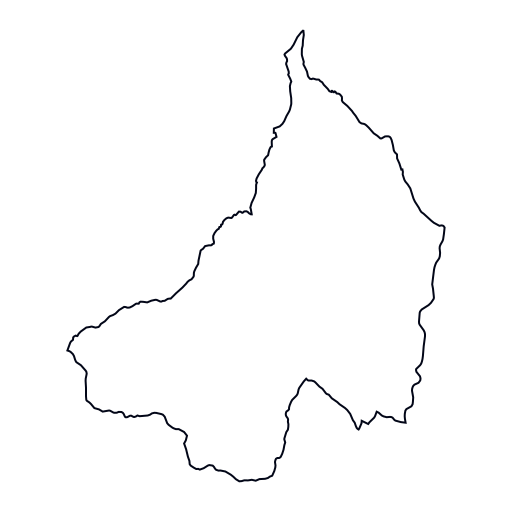 Tenza, Boyacá, Colombia (Equal Earth projection)
{"feature_id": "7082276B18084184900557", "entity_name": "Tenza", "entity_type": "district", "adm_level": 2, "iso_a3": "COL", "parent_name": "Colombia", "parent_adm1": "Boyacá", "projection": "equal_earth", "projection_center": [-73.43, 5.079], "detail": "fine", "context": "isolated", "style": "outline", "palette": "ink", "viewbox_px": 512, "rotation_deg": 0, "n_neighbors": 0, "source": "geoboundaries", "source_scale": "gbopen_adm2", "svg_char_len": 6024}
<svg xmlns="http://www.w3.org/2000/svg" viewBox="0 0 512 512"><path d="M444.6,227.5L443.5,226.0L442.7,225.6L441.4,225.4L439.4,225.8L433.9,222.8L431.4,220.8L423.6,213.7L421.4,212.1L420.2,210.4L418.9,207.8L414.9,201.6L413.5,198.6L410.3,188.4L407.7,184.4L405.3,181.5L404.3,179.6L402.7,174.5L402.9,171.9L402.4,169.4L401.3,169.6L399.4,163.5L397.1,158.4L397.0,154.4L395.1,152.6L394.4,151.6L393.8,150.3L392.9,145.1L391.6,140.0L390.7,138.0L390.0,137.1L389.2,136.6L388.1,136.3L385.1,136.4L381.8,138.3L381.1,138.5L380.3,138.4L377.4,135.8L373.7,133.3L368.7,127.6L366.3,125.3L365.1,124.4L364.0,123.9L361.4,123.4L359.5,122.1L355.7,115.9L353.2,112.8L352.0,111.0L347.3,105.9L342.8,102.1L341.9,100.5L342.0,98.2L341.8,96.7L340.4,94.9L339.5,94.1L338.6,93.7L336.6,93.5L335.5,91.9L334.7,91.4L334.4,91.5L334.0,92.2L333.4,92.2L332.2,90.9L331.9,90.9L331.9,91.7L331.5,92.0L329.4,91.2L327.7,88.8L323.8,84.8L322.2,82.3L320.1,81.0L319.0,79.7L317.9,79.5L316.2,79.5L313.6,78.7L312.8,78.6L311.7,79.1L310.0,78.8L308.6,77.2L307.9,75.9L307.0,71.6L305.1,67.6L303.7,65.0L303.4,64.0L303.8,61.9L302.0,55.7L301.8,54.2L301.9,48.8L302.7,45.7L303.0,40.2L303.8,35.0L303.4,30.8L302.9,30.7L301.2,32.3L297.3,37.2L293.6,44.7L290.9,48.7L285.1,53.5L284.5,54.5L284.9,55.7L286.6,58.1L287.0,59.2L287.1,61.1L286.4,62.5L286.1,64.0L288.7,71.6L288.8,73.4L288.2,74.4L288.2,74.8L290.2,78.7L291.3,81.6L290.6,83.1L289.9,86.1L290.2,91.3L291.2,98.1L291.3,103.2L291.2,104.4L289.9,109.6L289.1,111.5L286.5,116.0L284.2,121.2L282.4,123.9L279.7,126.4L273.9,128.5L273.8,132.8L275.3,132.8L275.5,133.0L276.5,136.9L272.6,139.2L271.9,140.2L271.7,141.8L271.9,146.5L271.0,146.8L270.5,147.3L269.4,149.6L268.6,152.6L268.1,155.2L266.0,157.2L264.2,159.7L264.1,160.8L264.8,164.8L264.6,165.7L263.6,167.2L262.4,168.3L261.8,169.8L258.8,174.3L256.6,178.5L256.0,180.9L256.6,182.8L256.8,182.8L256.2,184.4L256.1,185.4L256.1,188.8L255.8,193.0L254.2,197.4L251.6,202.9L250.3,207.7L250.8,209.1L251.7,214.3L250.9,214.3L249.4,213.5L248.6,212.9L248.2,212.3L246.6,211.3L244.3,211.4L242.7,212.7L242.2,212.8L240.5,211.7L238.9,211.6L236.1,214.9L235.7,215.1L234.5,214.7L233.9,215.0L231.9,217.7L231.3,218.0L228.2,217.6L226.4,218.3L224.4,220.0L223.0,221.8L222.6,223.6L222.2,224.4L221.1,224.7L220.9,226.5L220.3,226.9L219.4,227.0L218.7,228.9L217.6,229.4L216.3,230.7L214.6,233.0L213.4,235.5L213.2,236.1L213.2,238.7L214.0,242.0L213.8,243.6L212.3,244.2L212.0,244.8L211.1,245.3L209.0,245.3L205.1,246.1L203.0,248.8L201.2,250.0L200.6,250.7L198.5,260.7L198.2,264.0L196.0,267.7L194.3,271.3L193.9,272.8L193.8,275.9L193.4,276.9L191.5,279.3L189.4,280.3L187.6,281.8L186.2,283.6L182.4,287.6L176.2,293.1L170.7,298.6L169.4,298.6L167.7,298.9L164.7,300.8L162.5,301.0L161.6,301.5L160.2,301.5L156.7,299.9L155.3,299.8L151.3,300.7L147.2,302.4L143.0,301.8L140.5,301.7L139.5,302.3L138.7,303.7L136.6,303.6L135.9,303.8L132.4,306.2L129.7,307.5L127.9,307.7L126.7,307.5L125.9,307.1L124.1,306.9L119.0,310.1L115.5,313.6L112.9,315.1L110.1,316.1L108.9,317.0L104.9,321.3L100.9,323.9L99.3,326.3L98.5,327.0L95.5,327.6L91.9,326.6L91.1,326.6L90.2,326.9L86.3,327.5L80.8,331.5L78.7,333.7L77.5,335.9L77.1,336.1L75.7,335.6L74.0,336.5L73.2,337.4L73.0,339.8L70.9,341.6L70.1,343.0L67.4,350.5L69.2,351.1L70.5,351.8L72.9,354.1L74.0,356.1L75.1,359.7L76.0,361.7L76.7,362.4L80.9,365.2L85.8,370.8L86.4,371.9L86.7,373.7L85.7,378.7L85.6,380.8L86.0,387.8L86.0,396.3L86.3,399.9L86.9,400.8L89.3,402.4L90.9,403.9L94.4,408.1L99.0,409.4L102.7,411.6L109.1,410.5L110.3,410.8L113.5,412.6L114.7,412.8L116.8,412.7L118.7,411.9L121.5,412.0L122.8,412.8L123.6,413.8L125.0,416.8L125.9,417.3L127.4,417.1L129.8,415.8L130.6,415.7L131.2,415.7L133.5,416.9L134.3,417.0L135.9,416.5L137.4,415.5L139.7,416.2L147.7,415.5L150.0,414.7L151.9,413.4L154.3,412.8L156.2,412.9L161.4,414.1L162.9,414.7L164.7,416.7L167.2,423.2L168.6,424.8L172.5,427.7L173.9,428.4L175.8,429.1L178.7,429.1L184.1,432.0L187.0,435.7L185.8,440.4L184.1,443.5L186.1,449.2L187.9,456.6L189.4,460.9L189.7,464.2L190.7,465.6L193.7,467.6L196.2,469.0L198.3,468.9L199.8,469.6L203.7,468.2L207.8,465.6L208.9,465.2L209.5,465.1L212.7,465.6L213.9,466.8L215.0,468.6L216.1,469.8L218.5,470.6L220.4,470.5L225.4,471.5L230.8,474.7L233.3,476.7L235.9,479.2L239.3,481.3L241.7,481.1L244.3,480.3L248.0,480.4L251.8,479.8L255.7,480.7L259.5,479.1L265.1,478.8L267.9,478.0L269.9,476.6L272.2,475.7L274.3,471.0L275.3,467.4L275.5,465.4L275.0,462.2L275.1,461.3L275.6,459.6L276.0,458.8L276.6,458.4L277.4,458.0L279.0,458.0L279.6,457.8L280.7,456.9L282.2,453.8L283.5,449.8L284.4,445.0L285.2,442.5L284.3,439.3L284.4,438.4L286.3,432.1L287.9,429.7L288.3,426.9L288.4,424.2L287.9,421.8L288.1,419.6L287.8,418.4L286.3,416.3L285.8,414.9L285.8,413.6L286.1,412.3L286.5,411.5L288.2,410.3L289.0,409.3L289.1,407.3L289.7,405.2L291.1,401.8L292.2,399.9L296.3,395.8L297.2,394.6L297.7,393.5L298.6,389.4L299.3,387.8L303.8,381.4L306.2,378.7L307.7,380.2L308.5,380.5L311.5,380.5L314.2,381.4L315.4,382.4L319.4,386.6L322.5,388.8L325.9,393.3L326.8,394.0L328.8,394.7L331.8,398.3L337.3,402.1L339.5,404.2L345.0,408.0L347.2,410.0L350.2,413.9L352.9,420.2L354.7,422.7L355.8,425.9L356.7,427.9L357.6,428.9L358.6,429.5L359.2,428.6L361.5,423.3L361.7,420.8L368.2,424.0L369.4,422.3L374.2,417.6L375.1,416.0L376.7,411.7L378.7,412.7L381.8,415.5L383.6,416.4L386.7,417.2L390.0,416.9L391.5,417.1L392.6,417.7L394.4,419.9L395.4,420.6L400.9,422.1L405.6,422.7L404.9,418.6L404.7,416.2L404.8,413.9L405.4,410.6L406.4,409.1L411.4,406.3L412.6,404.2L412.9,401.9L413.2,397.4L412.0,390.7L412.1,389.0L412.6,387.2L413.3,385.8L414.5,384.6L418.5,382.8L420.2,380.5L420.4,379.6L420.5,378.3L420.0,376.3L416.4,371.8L416.0,369.9L416.2,369.0L420.2,365.1L421.2,363.6L421.9,361.6L422.5,359.0L422.9,356.1L423.7,346.2L425.0,336.3L425.0,334.1L424.6,332.2L423.7,330.3L419.6,324.6L419.1,323.3L419.0,321.6L419.7,312.8L420.1,311.5L421.7,309.5L428.6,305.1L431.0,302.8L433.6,299.0L433.9,297.9L433.8,296.3L433.0,288.7L432.2,284.4L434.0,269.8L434.5,267.3L435.3,264.8L436.2,262.6L439.1,258.5L439.8,256.3L440.1,252.9L439.6,248.2L439.8,246.4L440.5,244.6L442.4,241.3L443.1,239.5L443.9,234.1L444.6,227.5Z" fill="none" stroke="#020617" stroke-width="2"/></svg>